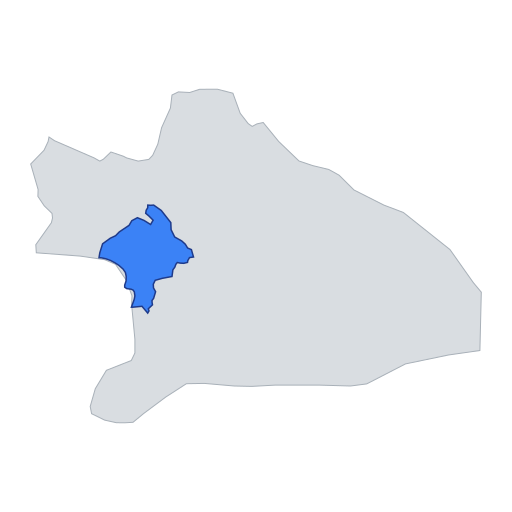 Ngozi on a map of Burundi (Robinson projection), rotated 270°
{"feature_id": "BDI-2642", "entity_name": "Ngozi", "entity_type": "Province", "adm_level": 1, "iso_a3": "BDI", "parent_name": "Burundi", "parent_adm1": "", "projection": "robinson", "projection_center": [29.883, -2.862], "detail": "fine", "context": "in_parent", "style": "filled", "palette": "blue", "viewbox_px": 512, "rotation_deg": 270, "n_neighbors": 0, "source": "natural_earth", "source_scale": "10m", "svg_char_len": 1993}
<svg xmlns="http://www.w3.org/2000/svg" viewBox="0 0 512 512"><g transform="rotate(270 256 256)"><path d="M375.0,49.0L371.3,54.5L354.2,93.9L350.9,99.8L352.8,103.4L360.0,110.9L355.8,123.3L354.1,126.6L350.9,138.2L352.6,148.8L356.7,152.7L367.8,157.8L384.3,161.6L403.9,170.4L417.0,172.0L420.1,178.4L419.5,189.7L422.7,199.6L422.8,217.3L418.8,232.9L398.7,240.2L388.4,248.2L385.6,252.2L388.1,256.9L389.5,263.2L370.5,278.7L351.0,299.0L346.4,312.7L342.5,328.8L336.8,339.1L322.0,354.0L306.9,383.9L299.5,403.4L262.4,450.0L229.4,473.3L219.8,481.3L161.5,479.9L157.0,448.4L148.1,405.5L128.1,366.7L126.0,350.5L126.9,319.2L126.9,275.2L125.6,251.6L126.0,234.3L128.6,204.3L128.3,186.4L115.0,165.8L98.6,143.8L89.7,133.0L89.2,124.4L89.3,116.3L91.9,104.6L98.3,91.6L105.5,90.2L123.3,95.3L141.7,106.4L151.5,131.3L159.0,134.9L172.7,134.9L207.5,131.6L216.2,132.0L232.0,126.1L247.7,115.5L252.3,104.7L255.9,80.3L259.2,36.3L267.3,35.8L289.3,51.4L294.0,52.5L298.6,52.0L306.2,44.2L315.6,37.9L322.5,38.1L348.0,30.7L361.7,44.0L370.4,48.1L375.0,49.0Z" fill="#d9dde1" stroke="#a8b0b8" stroke-width="1"/><path d="M235.7,126.2L239.5,125.4L242.9,123.1L246.7,118.8L249.2,114.9L251.5,110.6L253.2,106.0L254.2,101.4L254.3,99.0L259.2,99.8L268.2,102.6L273.8,110.3L276.3,115.6L280.1,119.3L286.7,129.1L291.3,131.8L294.3,137.4L291.6,144.0L287.5,150.6L291.8,153.1L296.0,148.9L298.7,145.7L301.8,146.2L304.2,147.7L306.9,147.8L306.7,150.7L306.9,153.7L301.5,161.3L289.4,170.8L282.3,171.1L275.0,174.7L271.0,181.8L267.8,185.3L264.0,187.6L262.4,191.4L255.0,193.5L254.4,189.5L251.4,187.8L249.6,187.5L248.7,183.8L248.9,180.1L249.5,177.3L247.6,175.8L244.8,174.8L242.2,172.9L235.5,172.0L233.7,162.4L231.7,155.2L227.8,153.3L224.1,153.5L220.3,155.6L213.6,153.6L211.5,152.0L209.4,152.1L207.2,152.5L203.2,148.3L201.1,149.0L198.9,147.7L205.7,142.0L204.8,132.6L204.8,131.4L212.6,134.2L216.1,134.9L220.2,134.3L222.0,133.0L222.8,131.1L223.4,126.7L224.8,124.7L226.9,124.7L231.1,126.1L235.7,126.2Z" fill="#3b82f6" stroke="#1e3a8a" stroke-width="1.5"/></g></svg>